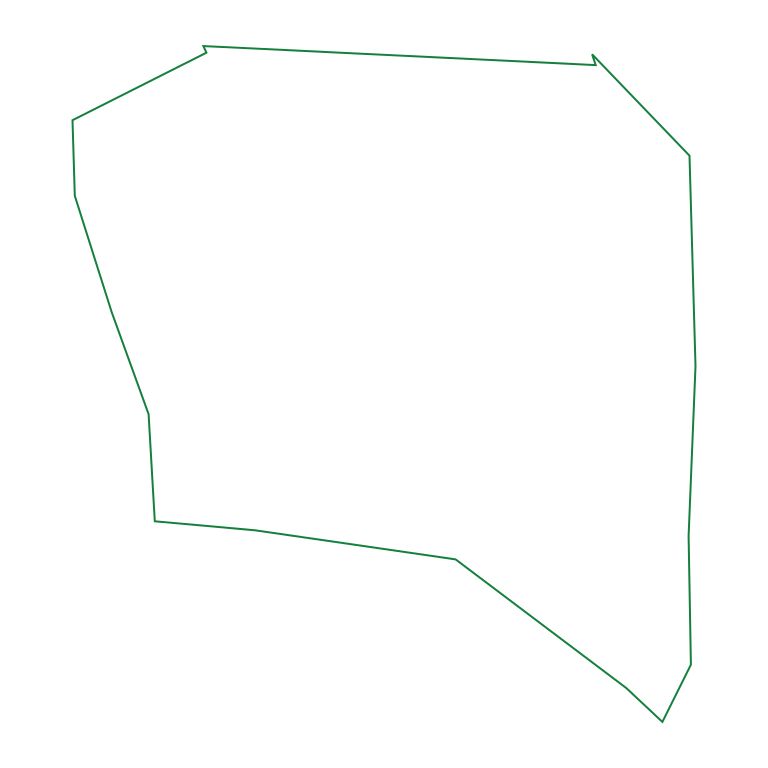 outline of 67, Ad Dawhah, Qatar
{"feature_id": "91078587B3591736578448", "entity_name": "67", "entity_type": "district", "adm_level": 2, "iso_a3": "QAT", "parent_name": "Qatar", "parent_adm1": "Ad Dawhah", "projection": "robinson", "projection_center": [51.491, 25.342], "detail": "fine", "context": "isolated", "style": "outline", "palette": "green", "viewbox_px": 768, "rotation_deg": 0, "n_neighbors": 0, "source": "geoboundaries", "source_scale": "gbopen_adm2", "svg_char_len": 347}
<svg xmlns="http://www.w3.org/2000/svg" viewBox="0 0 768 768"><path d="M203.4,46.1L206.4,52.7L72.5,120.2L74.8,195.8L111.7,312.2L148.6,414.2L154.8,521.3L255.0,530.3L455.6,559.4L626.2,688.0L662.4,721.9L690.9,664.7L688.6,536.1L695.5,366.2L689.5,155.7L592.1,54.3L595.7,65.1L212.3,46.5L203.4,46.1Z" fill="none" stroke="#15803d" stroke-width="2"/></svg>